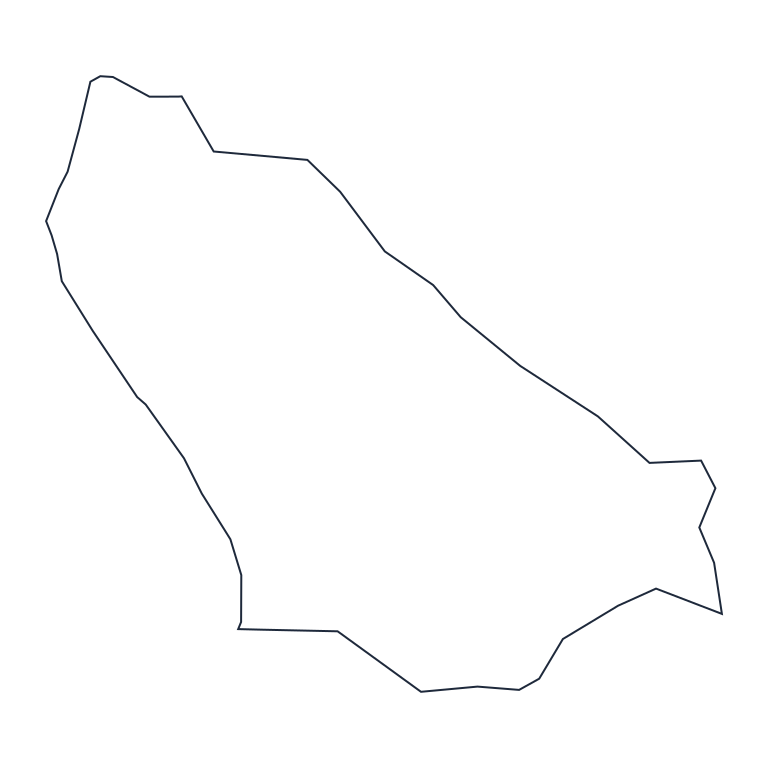 Shavat, Khorezm, Uzbekistan (Equal Earth projection)
{"feature_id": "79887680B59227978445029", "entity_name": "Shavat", "entity_type": "district", "adm_level": 2, "iso_a3": "UZB", "parent_name": "Uzbekistan", "parent_adm1": "Khorezm", "projection": "equal_earth", "projection_center": [60.207, 41.687], "detail": "fine", "context": "isolated", "style": "outline", "palette": "slate", "viewbox_px": 768, "rotation_deg": 0, "n_neighbors": 0, "source": "geoboundaries", "source_scale": "gbopen_adm2", "svg_char_len": 675}
<svg xmlns="http://www.w3.org/2000/svg" viewBox="0 0 768 768"><path d="M181.7,96.4L178.3,96.6L149.5,96.7L112.9,77.0L100.3,76.2L90.4,81.7L79.2,129.0L67.6,171.7L58.7,189.1L46.1,221.1L51.6,235.3L57.1,254.0L61.8,281.2L92.7,330.8L137.2,397.1L145.7,404.5L184.0,458.3L201.8,493.6L226.1,532.4L230.4,539.3L241.3,575.1L241.1,622.0L238.2,629.1L262.6,629.7L337.6,631.3L421.0,691.8L477.5,686.6L519.1,689.9L539.2,678.7L562.9,639.0L618.1,605.7L656.0,588.6L721.9,613.9L714.1,562.8L699.3,527.5L715.4,488.2L701.1,460.6L649.5,462.9L597.9,416.4L520.2,365.9L460.7,317.2L433.2,285.1L384.8,251.4L340.2,191.8L307.4,159.9L213.7,151.5L181.7,96.4Z" fill="none" stroke="#1e293b" stroke-width="2"/></svg>